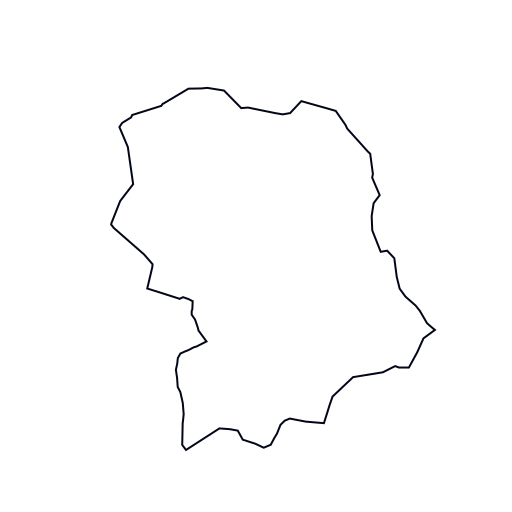 Khana, Rivers, Nigeria, rotated 335°
{"feature_id": "59680162B16294292751838", "entity_name": "Khana", "entity_type": "district", "adm_level": 2, "iso_a3": "NGA", "parent_name": "Nigeria", "parent_adm1": "Rivers", "projection": "robinson", "projection_center": [7.411, 4.698], "detail": "fine", "context": "isolated", "style": "outline", "palette": "ink", "viewbox_px": 512, "rotation_deg": 335, "n_neighbors": 0, "source": "geoboundaries", "source_scale": "gbopen_adm2", "svg_char_len": 1511}
<svg xmlns="http://www.w3.org/2000/svg" viewBox="0 0 512 512"><g transform="rotate(335 256 256)"><path d="M321.8,415.0L335.6,414.6L338.4,417.5L347.4,421.7L361.3,411.5L373.0,401.4L386.9,398.6L384.8,394.2L382.6,389.2L381.3,374.9L379.7,368.3L374.3,356.0L372.4,346.3L374.7,334.5L380.4,316.5L377.1,306.6L370.8,304.9L372.2,281.9L377.7,268.7L384.9,257.9L393.8,253.1L394.4,234.1L396.6,231.1L402.7,211.6L401.4,208.3L392.5,179.1L392.5,175.0L389.6,158.2L381.7,151.3L362.5,134.8L347.3,140.9L340.0,138.9L333.5,134.4L311.5,118.1L305.1,115.7L296.9,92.5L283.0,83.1L277.2,81.0L265.5,75.8L236.8,78.7L235.9,78.6L233.6,79.9L203.4,75.9L201.4,77.6L191.0,78.8L186.7,81.4L185.9,103.1L175.0,139.0L163.5,144.9L156.1,148.8L146.8,157.6L138.8,165.2L138.0,166.3L139.0,170.6L155.2,207.2L158.8,219.7L157.4,222.1L157.2,222.4L143.7,239.5L168.4,262.2L168.5,262.5L172.5,262.5L176.6,266.5L179.5,270.2L175.9,277.2L174.4,278.8L172.9,282.0L173.9,287.9L173.0,296.3L172.4,299.4L175.0,312.5L163.8,312.9L161.5,312.5L159.3,312.5L156.5,312.7L154.1,312.7L151.9,312.5L149.4,312.5L146.3,312.4L142.0,315.5L139.1,320.3L135.3,325.3L133.0,333.0L129.7,341.6L129.9,347.4L127.5,358.3L123.6,368.8L119.6,375.5L119.1,376.1L109.3,396.0L110.6,402.2L150.0,396.8L159.1,401.9L165.2,406.2L165.7,406.6L166.4,416.9L176.0,425.8L182.0,433.0L189.6,433.3L195.4,428.9L200.0,425.8L206.8,419.4L212.3,417.4L217.9,417.6L231.2,427.2L246.9,436.2L253.0,429.6L259.8,422.1L262.9,418.9L264.9,416.9L265.8,415.8L292.8,406.8L321.8,415.0Z" fill="none" stroke="#020617" stroke-width="2"/></g></svg>